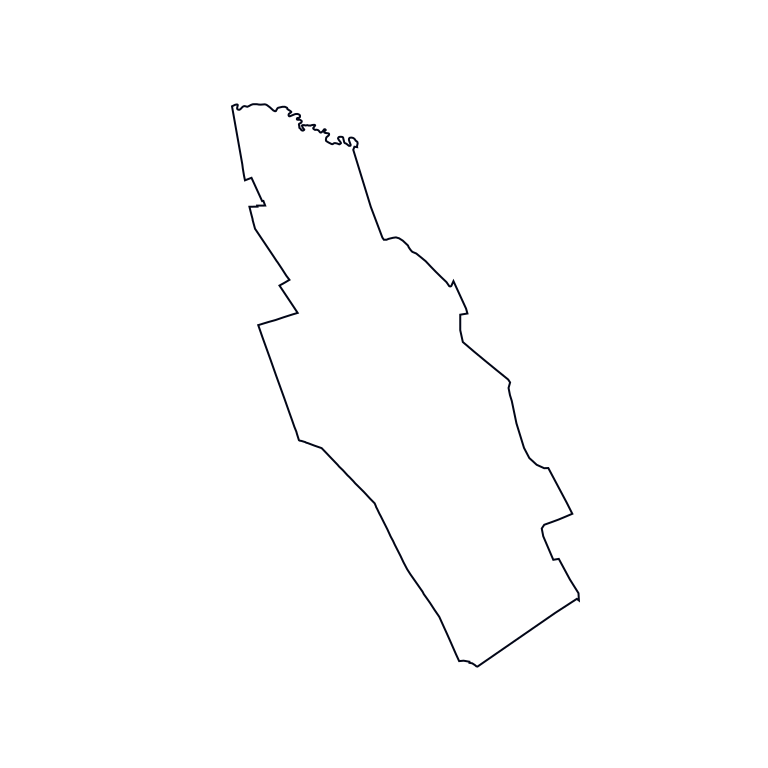 outline of Berliste, Caras-Severin, Romania, rotated 35°
{"feature_id": "2599482B52543575590530", "entity_name": "Berliste", "entity_type": "district", "adm_level": 2, "iso_a3": "ROU", "parent_name": "Romania", "parent_adm1": "Caras-Severin", "projection": "robinson", "projection_center": [21.411, 44.985], "detail": "fine", "context": "isolated", "style": "outline", "palette": "ink", "viewbox_px": 768, "rotation_deg": 35, "n_neighbors": 0, "source": "geoboundaries", "source_scale": "gbopen_adm2", "svg_char_len": 5217}
<svg xmlns="http://www.w3.org/2000/svg" viewBox="0 0 768 768"><g transform="rotate(35 384 384)"><path d="M566.8,358.6L563.5,361.1L555.4,362.6L545.5,361.3L535.3,356.0L515.1,340.3L498.4,324.6L493.6,320.9L488.3,315.8L486.4,310.4L483.1,309.1L468.4,308.1L453.8,307.0L439.1,305.8L424.5,304.4L415.6,296.2L406.7,283.5L411.9,278.4L408.0,275.2L381.9,259.9L382.9,265.1L382.7,265.6L382.3,266.1L381.8,266.3L381.2,266.4L376.7,264.7L369.4,263.6L362.2,262.4L354.9,261.0L347.7,259.5L335.6,258.6L331.4,259.5L329.4,259.1L327.6,258.5L325.8,257.8L324.2,256.8L317.2,255.8L312.8,256.0L309.8,257.0L309.2,257.5L307.5,259.1L306.0,260.8L304.5,262.5L303.3,264.4L301.1,265.9L298.7,265.0L271.5,246.4L224.5,209.8L223.7,206.6L226.1,205.4L225.8,205.1L225.4,204.5L224.5,202.2L224.1,201.7L223.6,201.3L223.3,201.0L222.4,200.9L221.5,200.9L221.2,200.9L219.8,200.3L219.3,200.2L218.2,200.1L217.5,200.2L216.7,200.5L215.9,200.9L215.3,201.4L214.8,201.9L214.6,202.5L214.6,202.8L214.7,203.2L214.8,203.5L215.4,204.3L216.6,205.2L219.5,207.2L219.6,207.4L219.7,207.7L219.8,207.9L219.7,208.2L219.4,208.4L218.9,208.9L218.5,209.0L215.7,208.8L215.1,208.8L214.0,209.1L213.5,209.1L213.2,209.0L212.9,208.9L210.0,206.4L209.5,205.9L209.3,205.7L208.8,205.5L208.4,205.5L207.8,205.7L206.8,206.3L206.1,206.8L205.6,207.3L205.4,207.6L205.3,207.9L205.3,208.5L205.4,209.1L205.8,209.4L207.0,210.0L210.1,211.0L210.4,211.3L210.6,211.5L210.5,212.1L210.1,213.1L209.9,213.3L209.3,213.5L207.8,213.8L205.8,214.7L205.4,215.0L205.1,215.3L204.7,216.0L204.4,216.9L204.2,217.1L203.9,217.3L203.4,217.5L199.9,218.0L197.8,218.1L197.3,218.1L196.9,217.9L196.6,217.6L196.1,216.9L195.4,215.3L195.4,214.6L195.9,212.9L196.1,212.0L196.0,211.3L195.8,211.0L195.7,210.8L195.5,210.6L195.0,210.5L194.5,210.7L191.9,212.0L191.5,212.1L190.9,212.2L190.7,212.1L190.4,211.7L190.3,211.0L190.6,209.6L190.6,209.4L190.4,209.3L190.3,209.2L189.8,209.2L189.5,209.2L189.2,209.4L188.9,209.8L188.8,212.3L188.6,213.0L188.4,213.7L188.1,214.2L187.8,214.4L187.4,214.5L186.8,214.4L185.9,214.1L185.1,213.9L184.3,213.9L183.6,214.1L182.9,214.4L182.5,214.7L182.0,215.2L181.7,215.4L180.2,215.5L179.8,215.4L179.4,215.2L179.2,214.9L179.2,214.6L179.3,211.8L179.2,211.6L178.7,211.5L178.4,211.6L178.1,211.8L177.1,212.6L176.0,213.8L175.6,214.5L175.2,214.7L174.0,215.5L173.2,215.8L172.8,215.9L171.5,217.2L171.3,217.3L170.4,217.6L170.1,217.8L169.0,218.5L168.7,218.9L168.6,219.3L169.1,219.8L170.6,220.7L171.4,221.0L172.4,221.2L172.7,221.3L172.8,221.5L172.8,221.8L172.7,222.1L172.3,222.9L171.8,223.2L171.0,223.4L170.7,223.4L169.1,222.8L168.0,222.8L167.7,222.6L167.0,221.9L166.9,221.3L166.8,221.2L166.0,220.8L165.5,220.3L165.3,219.9L165.3,219.5L165.4,219.2L166.1,217.9L166.3,217.3L166.1,216.2L165.7,215.8L165.2,215.7L164.6,215.7L163.6,215.8L163.2,215.9L162.8,216.0L162.3,216.7L162.0,216.9L161.3,217.2L161.0,217.2L160.8,217.1L160.6,216.9L160.5,216.6L160.4,216.3L160.4,216.0L160.5,215.8L161.3,215.1L161.9,214.0L162.0,213.8L161.9,213.6L161.8,213.1L161.2,212.3L160.9,212.1L160.6,212.1L160.2,212.0L159.2,212.1L158.1,212.5L157.3,213.1L156.7,213.6L156.3,214.1L155.8,214.8L153.4,218.6L153.2,218.8L152.9,219.0L152.3,219.0L152.0,218.8L151.6,218.5L151.3,217.9L151.2,217.6L151.2,217.1L151.3,216.8L152.0,214.9L152.1,214.5L152.0,214.3L151.8,214.2L150.8,214.1L147.6,214.2L147.0,214.1L146.7,213.7L146.2,213.4L145.8,213.4L145.3,213.5L143.8,213.8L141.9,215.1L138.9,218.4L138.6,219.2L138.7,221.0L138.9,222.3L138.6,222.8L138.2,223.1L136.5,223.4L131.9,222.8L129.0,222.7L127.8,222.7L126.9,222.9L125.9,223.3L122.9,225.8L121.0,227.0L119.8,227.5L118.5,228.3L116.8,229.5L116.0,230.2L115.0,231.6L114.0,233.7L113.1,235.2L112.8,235.4L110.9,236.1L110.3,236.4L109.6,237.2L109.2,238.2L108.8,240.9L108.6,241.6L108.3,242.2L107.6,242.7L107.2,242.9L106.4,243.0L106.0,242.8L105.7,242.6L105.2,241.8L104.4,239.7L104.2,239.4L103.9,239.2L103.6,239.2L103.2,239.4L102.7,239.8L101.9,240.7L100.2,243.7L141.9,285.3L144.8,288.5L149.9,293.7L153.3,296.9L157.2,291.1L179.3,304.1L180.2,303.2L184.3,306.0L177.8,310.6L178.6,311.3L172.1,316.0L177.5,320.7L182.0,324.5L182.2,324.9L189.3,330.8L219.3,342.4L225.6,344.9L226.9,345.3L234.3,348.2L241.8,351.3L246.8,352.9L244.5,358.0L241.9,363.3L265.2,372.4L272.5,375.3L269.0,379.7L263.3,387.2L258.4,393.9L253.7,399.6L247.2,407.9L257.3,415.2L277.7,429.6L291.1,439.2L310.7,453.0L323.0,461.8L329.5,466.4L335.3,470.6L339.5,473.3L341.3,474.8L346.5,478.8L347.3,478.8L349.0,478.0L353.0,476.7L354.0,476.7L355.2,476.2L362.3,474.4L369.7,472.3L376.4,473.6L380.8,474.5L384.8,475.3L392.4,476.8L394.6,477.4L399.8,478.2L406.4,479.7L409.1,480.1L414.7,481.2L417.4,481.9L424.5,483.1L429.6,484.0L438.3,485.9L444.8,487.1L447.7,488.9L448.4,489.5L449.4,489.9L454.5,492.8L457.1,494.1L463.2,497.4L470.1,501.1L476.9,505.1L481.5,507.4L484.9,509.4L496.2,515.4L502.3,518.9L509.3,522.5L514.9,524.8L528.9,529.9L534.9,532.1L537.1,533.3L541.1,534.7L547.2,536.9L554.8,540.0L562.8,543.0L573.6,549.4L578.7,552.4L585.2,556.3L591.6,560.2L598.0,564.1L604.5,567.9L607.9,565.0L613.3,562.5L613.9,563.4L616.5,562.2L619.8,562.1L621.6,562.3L622.7,561.8L655.5,473.4L665.2,449.4L667.8,449.5L663.3,443.8L648.4,437.5L627.5,427.0L623.5,430.9L601.8,417.4L596.1,411.9L596.0,407.4L600.4,401.2L604.7,395.0L608.7,388.7L612.7,382.3L601.9,376.5L566.8,358.6Z" fill="none" stroke="#020617" stroke-width="2"/></g></svg>